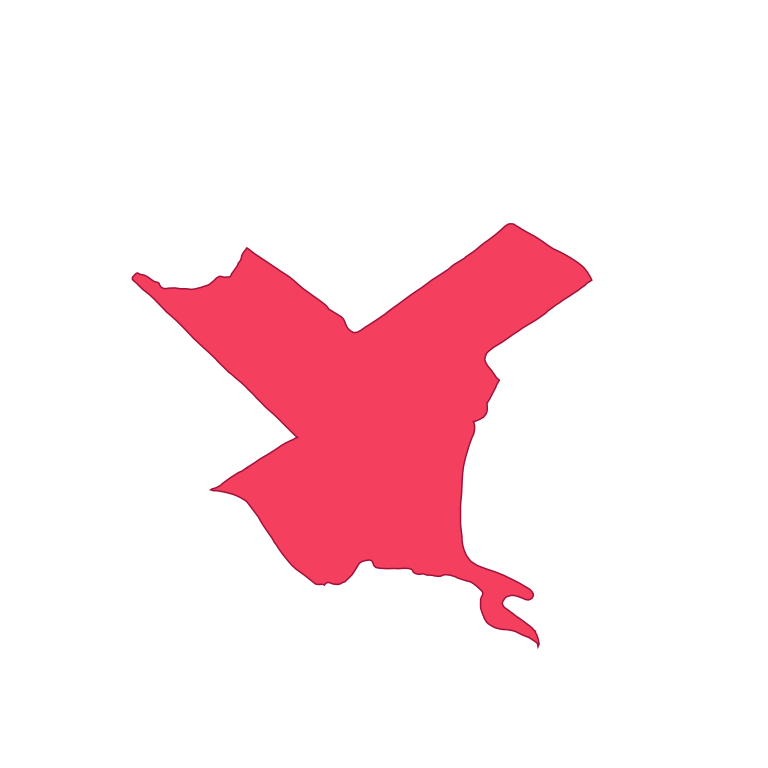 the district of La Ressource, Dennery, Saint Lucia, rotated 122°
{"feature_id": "8701671B86453873223968", "entity_name": "La Ressource", "entity_type": "district", "adm_level": 2, "iso_a3": "LCA", "parent_name": "Saint Lucia", "parent_adm1": "Dennery", "projection": "robinson", "projection_center": [-60.915, 13.943], "detail": "fine", "context": "isolated", "style": "filled", "palette": "rose", "viewbox_px": 768, "rotation_deg": 122, "n_neighbors": 0, "source": "geoboundaries", "source_scale": "gbopen_adm2", "svg_char_len": 5751}
<svg xmlns="http://www.w3.org/2000/svg" viewBox="0 0 768 768"><g transform="rotate(122 384 384)"><path d="M319.6,288.2L319.4,289.5L319.1,291.8L317.2,296.1L315.6,299.8L314.8,302.3L313.6,305.9L311.7,309.3L310.7,310.6L309.5,311.7L307.2,312.5L305.4,313.0L302.9,313.2L300.0,312.3L295.4,310.8L290.3,308.2L285.6,305.9L280.1,303.5L273.3,300.7L267.0,297.7L263.2,296.2L256.5,292.8L249.1,289.0L241.8,285.9L238.7,284.6L235.0,283.7L230.9,282.0L226.1,280.2L221.6,278.0L218.3,276.8L211.2,273.3L206.6,271.3L202.5,269.3L198.3,267.8L194.2,266.0L191.0,265.3L185.8,262.8L185.0,264.0L183.6,266.3L181.3,270.9L179.6,275.5L178.9,278.7L178.3,284.8L178.1,292.4L178.4,299.7L178.7,304.1L179.6,311.6L179.6,317.7L179.2,323.4L178.9,330.8L179.0,336.0L179.3,340.3L179.6,345.6L179.7,352.2L179.7,356.8L179.7,358.9L180.9,361.3L182.5,363.3L185.8,364.9L193.3,367.0L199.1,368.9L206.2,371.6L209.9,373.2L214.9,375.1L217.8,376.0L223.0,377.7L229.2,380.4L233.4,382.2L234.5,382.3L240.1,385.1L244.9,387.6L247.8,388.8L252.6,390.2L260.5,393.8L266.4,396.6L270.2,398.4L274.4,400.0L282.1,403.0L288.8,406.1L296.6,409.4L308.1,413.9L318.5,418.2L324.1,420.1L334.3,424.6L342.0,428.2L345.5,429.9L350.8,432.1L354.3,434.1L356.6,437.1L356.6,440.7L356.2,443.6L354.7,446.6L353.0,449.0L351.3,451.2L350.3,453.0L349.6,456.2L349.7,463.8L349.7,470.6L349.2,471.8L348.1,474.4L347.3,482.4L346.6,494.1L346.0,502.9L345.4,507.0L344.9,510.5L344.6,511.4L343.7,517.5L343.3,521.2L343.2,523.5L343.1,531.0L342.9,535.8L342.7,542.5L342.4,550.5L342.3,556.0L342.1,562.5L341.7,566.8L341.5,568.4L341.2,571.9L341.5,572.6L343.2,572.5L346.7,572.9L350.0,572.8L354.7,571.2L358.9,571.6L361.1,571.0L368.7,571.4L370.1,571.6L371.8,571.6L372.8,571.2L375.2,571.6L376.4,573.8L377.8,575.5L378.7,577.6L379.1,579.2L379.9,580.6L382.8,582.2L386.7,583.1L391.8,584.8L394.7,586.6L395.5,587.5L399.0,590.3L402.6,593.8L403.9,595.0L406.0,597.8L408.3,602.7L410.9,606.7L412.0,609.2L413.3,612.2L416.6,617.1L419.1,620.1L420.0,622.6L419.8,624.7L419.3,626.1L417.7,628.3L417.8,630.1L418.8,632.9L418.8,635.1L418.4,641.0L418.6,644.3L419.1,646.2L420.2,648.8L420.4,651.3L420.5,652.0L421.8,652.9L425.9,653.8L427.2,653.7L428.7,652.8L429.3,649.8L429.8,646.6L431.6,639.0L432.0,634.9L432.6,630.0L433.8,623.7L435.9,615.4L438.2,606.4L439.0,600.9L440.3,593.5L442.7,583.1L444.9,574.6L446.4,568.9L447.2,564.3L448.6,557.6L449.1,554.4L450.4,547.5L451.0,544.8L452.1,539.5L453.0,536.7L454.1,531.7L455.7,524.1L456.3,522.4L456.5,518.9L457.4,513.6L458.5,505.5L459.6,499.9L460.8,495.4L461.9,489.8L463.4,484.8L464.5,479.7L466.2,472.9L467.0,468.6L468.1,461.6L469.4,455.3L470.7,449.8L472.6,441.6L474.2,434.6L475.0,430.9L475.1,429.1L477.5,430.9L478.8,431.3L481.5,433.2L486.2,436.2L490.9,438.6L494.0,439.9L499.5,442.4L504.6,444.9L512.8,449.2L520.0,452.3L527.0,455.7L527.5,455.4L527.7,456.0L533.0,458.3L536.4,460.6L539.3,461.9L544.1,464.3L549.7,466.6L552.6,467.7L554.7,468.5L556.5,468.8L557.1,469.2L560.8,471.3L562.4,472.6L563.9,474.1L565.6,474.9L564.9,472.2L563.9,470.6L562.7,468.4L560.9,463.9L559.0,458.4L557.6,453.5L557.0,450.6L556.4,445.6L556.3,440.1L556.5,438.1L557.6,435.0L559.7,429.5L561.6,424.6L563.4,420.0L565.3,416.7L567.2,412.9L568.4,410.4L571.0,404.4L574.1,397.2L576.4,393.0L577.7,389.6L579.6,385.7L581.8,380.4L583.5,375.6L585.3,370.3L586.5,366.5L587.6,360.6L587.9,356.4L588.2,351.5L588.9,344.9L589.9,336.0L589.5,335.1L588.7,333.1L586.9,330.9L586.0,328.5L586.1,327.9L584.1,327.8L583.3,327.4L582.5,326.8L581.6,325.6L581.0,323.1L580.5,320.9L579.0,318.0L578.6,317.0L577.4,315.9L576.0,314.7L574.2,313.9L572.4,312.3L570.9,312.0L568.1,311.2L562.5,310.0L559.9,309.9L554.5,309.9L550.7,310.0L548.7,309.8L545.7,308.2L543.3,305.9L541.4,303.7L540.4,301.5L540.8,299.6L541.7,298.5L543.2,296.7L543.6,295.6L543.9,293.7L542.9,290.9L541.6,288.3L538.6,282.9L534.9,277.4L533.4,274.6L531.1,271.3L529.3,268.8L527.5,265.5L526.5,262.6L526.9,261.2L527.9,259.7L528.2,257.7L527.6,255.2L526.8,253.3L525.9,252.1L524.6,250.9L524.0,249.4L523.3,246.3L521.9,244.0L520.4,241.2L520.3,240.3L518.6,236.5L517.7,235.1L517.0,234.2L515.1,232.8L514.0,232.0L512.5,229.7L511.0,226.3L509.6,221.2L509.7,220.2L509.0,216.7L508.6,215.1L507.2,209.5L506.0,206.0L505.9,203.5L506.2,199.3L506.9,195.1L507.6,191.8L508.5,189.8L510.1,188.8L513.2,188.5L515.5,187.9L520.0,185.2L522.7,183.4L526.0,179.7L528.5,176.0L529.5,175.0L531.6,170.8L532.1,168.5L532.1,163.3L531.8,160.5L530.6,156.5L529.5,153.7L527.1,149.4L525.1,144.5L524.2,141.2L523.6,134.4L523.0,130.7L522.3,127.3L521.8,127.1L522.2,126.6L522.3,120.1L522.5,117.5L522.6,116.6L525.2,114.2L522.5,114.6L520.6,116.1L518.3,118.5L515.9,121.3L514.8,123.3L513.8,124.7L513.4,124.7L513.5,125.3L512.4,129.3L512.0,132.0L511.6,136.6L511.4,139.0L511.0,144.1L511.0,147.0L510.7,150.8L510.4,152.6L510.2,156.2L510.0,157.9L509.7,162.8L509.6,163.9L508.1,166.8L506.7,167.7L505.5,168.0L502.5,168.0L501.5,167.9L500.2,167.6L498.5,166.5L495.9,164.1L494.6,162.0L493.5,159.1L492.2,153.0L491.8,149.8L490.7,147.2L488.8,145.7L487.2,145.0L484.4,145.1L482.9,146.2L481.5,148.7L480.8,151.9L481.0,159.3L481.2,165.6L482.1,174.6L482.8,181.2L484.4,190.1L486.7,199.6L487.9,205.5L488.5,208.8L488.4,214.7L488.2,216.8L486.7,221.0L485.5,223.6L482.1,228.4L479.0,231.8L474.0,235.9L472.4,236.7L468.9,239.6L464.3,243.3L461.1,245.6L458.2,247.4L451.9,251.3L447.3,254.2L443.5,256.3L439.9,258.1L438.2,258.9L434.0,261.1L432.2,262.2L429.9,263.4L425.0,266.3L420.3,268.8L417.4,270.3L412.0,272.8L409.3,273.8L405.4,275.1L401.8,276.3L396.9,277.6L391.7,279.1L385.7,280.4L382.9,281.0L379.3,281.4L376.9,282.1L374.0,283.4L371.4,285.0L369.5,286.9L368.5,288.2L367.7,287.3L364.0,284.6L362.0,283.4L359.4,282.0L357.6,281.8L355.1,281.6L353.5,281.9L351.5,282.6L350.0,283.4L348.5,284.4L346.7,285.8L345.6,286.4L340.4,286.4L339.0,286.6L334.8,286.9L327.8,287.5L325.3,288.0L320.5,288.2L319.6,288.2Z" fill="#f43f5e" stroke="#9f1239" stroke-width="1.5"/></g></svg>